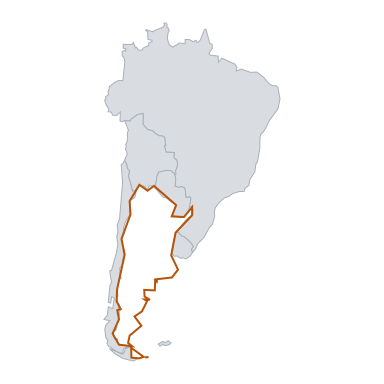 Argentina highlighted, Equal Earth projection
{"feature_id": "ARG", "entity_name": "Argentina", "entity_type": "country or territory", "adm_level": 0, "iso_a3": "ARG", "parent_name": "South America", "parent_adm1": "", "projection": "equal_earth", "projection_center": [-65.46, -38.417], "detail": "coarse", "context": "with_neighbors", "style": "outline", "palette": "amber", "viewbox_px": 384, "rotation_deg": 0, "n_neighbors": 6, "source": "natural_earth", "source_scale": "50m", "svg_char_len": 5509}
<svg xmlns="http://www.w3.org/2000/svg" viewBox="0 0 384 384"><path d="M131.2,347.7L131.4,357.7L137.4,357.8L136.2,359.6L133.2,361.0L123.1,358.5L114.7,353.7L109.5,348.6L122.5,354.2L124.3,352.2L125.3,349.1L128.6,347.2L131.2,347.7ZM124.6,160.1L126.8,164.1L127.4,168.3L129.7,170.8L128.4,176.4L130.7,183.0L132.5,191.0L135.6,190.2L136.1,191.6L134.7,197.6L130.0,200.5L130.2,210.0L129.3,211.8L130.6,214.1L127.7,217.6L125.0,222.9L123.5,228.0L124.0,233.4L121.5,239.2L123.6,248.7L124.7,249.7L124.8,254.7L122.5,260.0L122.7,264.5L119.7,268.1L119.9,273.0L121.2,278.1L118.9,280.1L117.2,290.1L118.0,296.4L116.5,297.4L117.6,303.3L119.4,305.2L118.2,307.3L120.0,308.3L120.5,310.2L118.9,311.1L119.4,314.1L118.2,320.6L116.4,324.7L116.9,327.2L115.9,330.2L113.1,332.3L113.7,337.3L115.1,339.0L117.5,338.7L117.6,342.2L119.2,344.9L131.4,346.2L128.2,346.2L123.3,348.9L122.8,353.1L121.3,353.2L117.2,351.8L108.3,346.0L106.9,343.1L107.8,340.4L105.7,337.3L104.8,329.2L106.1,324.6L109.9,320.8L104.0,319.4L107.4,315.1L108.3,306.8L112.7,308.6L114.3,298.1L111.6,296.7L110.7,303.1L108.2,302.4L110.0,285.4L111.7,281.9L110.4,276.7L109.8,270.7L111.5,270.5L116.3,253.2L117.9,245.0L116.8,236.7L117.9,232.1L117.3,225.2L119.6,218.3L122.6,182.4L121.2,164.6L123.4,163.1L124.6,160.1Z" fill="#d9dde1" stroke="#a8b0b8" stroke-width="1"/><path d="M158.2,344.1L162.7,341.4L165.8,342.5L168.0,340.7L170.9,342.8L169.7,344.4L164.7,345.7L163.1,344.1L160.0,346.2L158.2,344.1Z" fill="#d9dde1" stroke="#a8b0b8" stroke-width="1"/><path d="M175.5,232.8L178.3,232.2L182.3,236.5L183.9,236.3L191.2,242.9L193.4,246.7L191.5,249.3L192.5,252.4L190.5,255.8L185.8,258.9L182.8,257.8L180.6,258.4L176.9,256.0L174.1,256.2L171.6,253.2L172.1,249.6L173.0,248.4L173.1,242.9L175.5,232.8Z" fill="#d9dde1" stroke="#a8b0b8" stroke-width="1"/><path d="M192.5,252.4L191.5,249.3L193.4,246.7L191.2,242.9L183.9,236.3L182.3,236.5L178.3,232.2L175.5,232.8L186.3,219.6L192.9,214.2L193.2,209.7L191.1,206.4L189.0,207.5L190.6,200.8L190.7,197.6L189.2,196.6L187.5,197.5L185.9,197.2L185.2,189.7L184.5,188.0L181.6,186.4L179.8,187.5L175.2,186.4L175.7,178.5L174.4,175.3L175.8,174.1L175.5,170.7L176.7,168.2L177.6,163.5L176.6,159.9L174.2,158.2L173.8,155.9L174.4,152.5L166.0,152.2L164.4,145.4L165.7,145.3L164.6,137.5L162.1,135.8L159.3,135.8L154.5,132.9L152.7,130.7L147.8,129.7L143.0,124.3L143.2,113.5L137.4,114.6L131.2,119.2L130.2,121.0L124.6,120.7L122.1,121.7L120.1,121.0L120.3,111.9L116.7,115.4L112.8,115.3L111.1,112.1L108.1,111.7L109.0,109.2L106.5,105.5L104.6,100.1L105.8,99.0L105.8,96.5L108.5,94.7L108.0,91.5L109.1,89.4L109.4,86.6L114.5,82.4L118.8,80.4L122.8,80.7L124.9,61.5L124.2,58.0L122.2,55.8L122.3,51.4L124.8,50.4L125.7,51.1L125.8,48.7L123.2,48.1L123.2,44.3L131.9,44.5L133.4,42.4L135.5,47.9L136.3,47.1L138.8,50.3L142.3,49.9L143.2,48.1L148.4,45.7L148.9,43.1L152.1,41.4L151.8,40.1L148.0,39.6L147.6,31.8L145.6,30.2L146.4,29.7L153.3,31.9L154.6,30.5L162.8,27.3L164.5,25.0L163.9,23.3L166.2,23.0L167.2,24.4L166.7,27.1L168.2,28.0L169.2,30.8L168.0,32.9L167.3,38.1L168.8,43.9L171.5,46.7L173.7,47.0L174.2,45.9L177.7,44.5L179.1,42.9L185.1,43.7L185.2,39.5L189.2,39.5L193.7,42.0L195.1,40.3L196.1,40.6L196.7,42.3L198.8,41.9L200.5,39.6L204.5,29.6L206.0,29.3L209.7,43.2L212.1,44.2L212.3,48.4L208.9,53.4L210.3,55.2L218.2,56.1L218.4,62.2L221.8,58.2L234.9,64.1L237.0,67.6L236.3,71.0L241.5,69.1L250.2,72.3L256.9,72.1L263.5,77.1L269.1,83.8L272.5,85.6L276.4,85.8L278.0,87.7L280.0,99.0L277.9,108.9L269.0,121.2L265.9,128.0L262.5,133.1L261.3,133.2L259.9,137.6L259.8,148.7L257.5,161.7L255.9,164.1L254.8,171.9L249.9,179.5L248.8,185.5L245.2,188.1L244.0,191.5L239.3,191.5L232.4,193.7L229.2,196.3L224.3,198.0L219.0,202.6L215.1,208.2L214.3,212.5L214.8,215.6L212.6,224.1L209.5,227.2L204.3,237.0L197.5,244.0L195.4,249.3L192.5,252.4Z" fill="#d9dde1" stroke="#a8b0b8" stroke-width="1"/><path d="M124.6,120.7L130.2,121.0L131.2,119.2L137.4,114.6L143.2,113.5L143.0,124.3L147.8,129.7L152.7,130.7L154.5,132.9L159.3,135.8L162.1,135.8L164.6,137.5L165.7,145.3L164.4,145.4L166.0,152.2L174.4,152.5L173.8,155.9L174.2,158.2L176.6,159.9L177.6,163.5L176.7,168.2L175.5,170.7L175.8,174.1L174.4,175.3L174.4,173.5L170.4,170.5L166.3,170.4L158.7,172.1L156.6,177.3L156.5,180.4L154.7,187.4L154.0,186.1L149.1,185.9L147.4,190.5L144.8,186.4L139.2,184.9L135.6,190.2L132.5,191.0L130.7,183.0L128.4,176.4L129.7,170.8L127.4,168.3L126.8,164.1L124.6,160.1L127.3,153.7L125.4,148.7L126.4,146.7L125.6,144.5L127.3,141.6L127.5,132.3L128.5,130.3L124.6,120.7Z" fill="#d9dde1" stroke="#a8b0b8" stroke-width="1"/><path d="M174.4,173.5L175.7,178.5L175.2,186.4L179.8,187.5L181.6,186.4L184.5,188.0L185.2,189.7L185.9,197.2L187.5,197.5L189.2,196.6L190.7,197.6L190.6,200.8L188.1,212.5L184.1,216.8L180.7,217.8L171.8,215.3L176.1,206.7L175.6,204.2L171.2,201.9L166.0,197.7L162.5,196.8L154.7,187.4L156.5,180.4L156.6,177.3L158.7,172.1L166.3,170.4L170.4,170.5L174.4,173.5Z" fill="#d9dde1" stroke="#a8b0b8" stroke-width="1"/><path d="M175.6,232.6L171.2,255.3L178.0,269.7L171.9,277.5L155.2,279.4L154.8,290.4L144.2,289.9L144.6,296.6L149.9,299.7L144.6,299.5L147.1,301.1L142.0,311.3L134.5,316.5L141.4,325.7L129.7,335.5L128.1,342.9L132.1,346.2L119.0,344.7L112.6,333.6L119.0,319.4L117.3,310.1L120.7,309.1L116.6,301.2L117.1,289.3L124.6,254.9L121.5,238.9L130.5,214.5L129.6,201.1L139.4,184.8L147.6,190.7L154.0,185.9L176.1,205.1L171.8,216.4L184.0,217.0L192.1,207.1L192.1,215.3L175.6,232.6ZM131.4,357.6L131.2,347.8L143.7,356.9L139.0,358.4L131.4,357.6ZM145.2,357.5L146.3,357.1L148.5,357.1L145.2,357.5ZM156.9,281.2L156.8,281.7L156.2,281.0L156.9,281.2Z" fill="none" stroke="#b45309" stroke-width="2"/></svg>